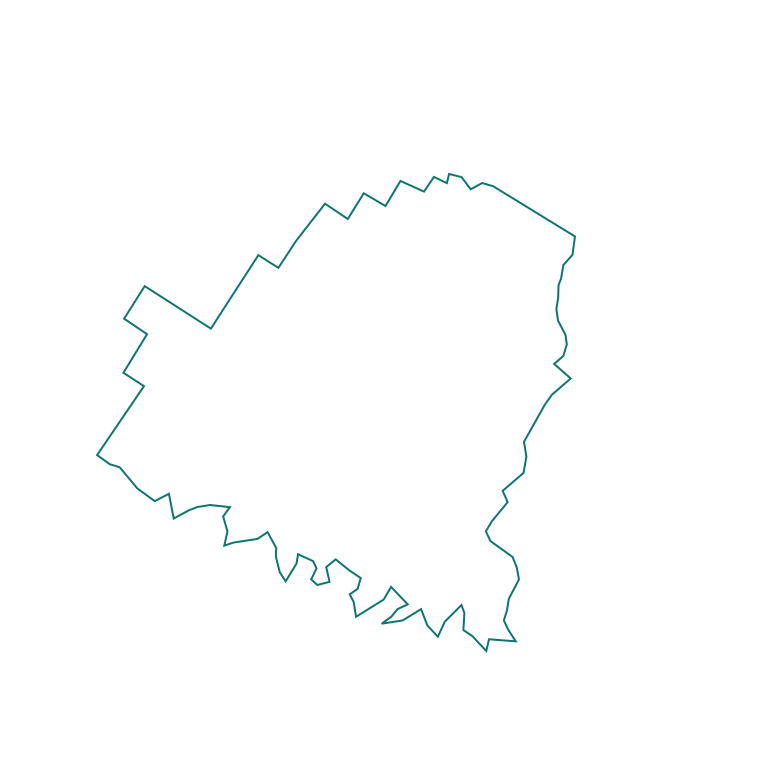 the district of Putinga, Rio Grande do Sul, Brazil, rotated 304°
{"feature_id": "56859067B9535138081372", "entity_name": "Putinga", "entity_type": "district", "adm_level": 2, "iso_a3": "BRA", "parent_name": "Brazil", "parent_adm1": "Rio Grande do Sul", "projection": "robinson", "projection_center": [-52.165, -29.032], "detail": "fine", "context": "isolated", "style": "outline", "palette": "teal", "viewbox_px": 768, "rotation_deg": 304, "n_neighbors": 0, "source": "geoboundaries", "source_scale": "gbopen_adm2", "svg_char_len": 1486}
<svg xmlns="http://www.w3.org/2000/svg" viewBox="0 0 768 768"><g transform="rotate(304 384 384)"><path d="M500.5,234.3L453.9,231.1L421.3,231.5L420.9,221.8L420.6,207.8L347.5,209.2L333.1,209.6L332.0,160.3L331.3,130.9L292.8,132.0L292.8,159.7L247.6,161.7L248.0,186.2L164.6,185.9L164.2,201.7L167.2,211.3L159.5,237.9L158.7,259.4L172.7,267.1L154.9,284.9L170.4,293.0L177.8,298.2L186.3,307.3L195.7,325.1L184.3,324.7L174.2,336.7L160.7,342.0L168.4,347.9L184.8,365.7L196.1,370.3L187.8,386.3L180.4,390.9L169.6,402.9L165.4,412.8L186.3,411.9L194.8,407.9L197.5,424.2L193.4,431.2L181.3,432.9L180.1,441.1L189.5,449.5L199.9,438.5L211.6,442.0L210.1,459.5L210.1,473.2L199.5,476.7L190.5,473.2L186.3,480.8L175.4,491.0L205.1,504.3L219.7,503.3L214.6,526.9L204.9,521.1L195.2,520.2L184.0,516.1L198.4,531.7L218.1,540.6L208.1,554.9L204.6,570.0L220.8,567.3L244.1,571.8L239.1,578.7L224.4,587.4L224.4,598.3L219.8,618.1L231.1,613.8L244.3,637.1L250.0,623.9L255.0,615.6L265.2,612.5L275.6,607.6L297.4,605.2L306.3,596.5L312.5,587.3L313.3,560.0L318.9,550.8L330.8,550.2L355.2,552.6L361.8,542.1L388.3,549.4L403.5,542.6L414.3,532.4L456.6,528.9L469.1,529.2L493.0,535.7L495.8,513.8L507.6,517.0L519.1,513.4L526.2,507.0L533.9,492.8L542.4,485.1L553.0,480.1L563.4,473.5L570.5,471.8L582.9,466.2L596.6,468.0L613.1,459.8L609.0,363.9L605.5,353.0L593.9,347.0L598.9,332.6L594.5,320.5L585.7,323.8L583.6,309.6L565.9,309.6L561.5,284.1L532.4,285.7L530.8,260.6L500.5,261.7L500.5,234.3Z" fill="none" stroke="#0f766e" stroke-width="2"/></g></svg>